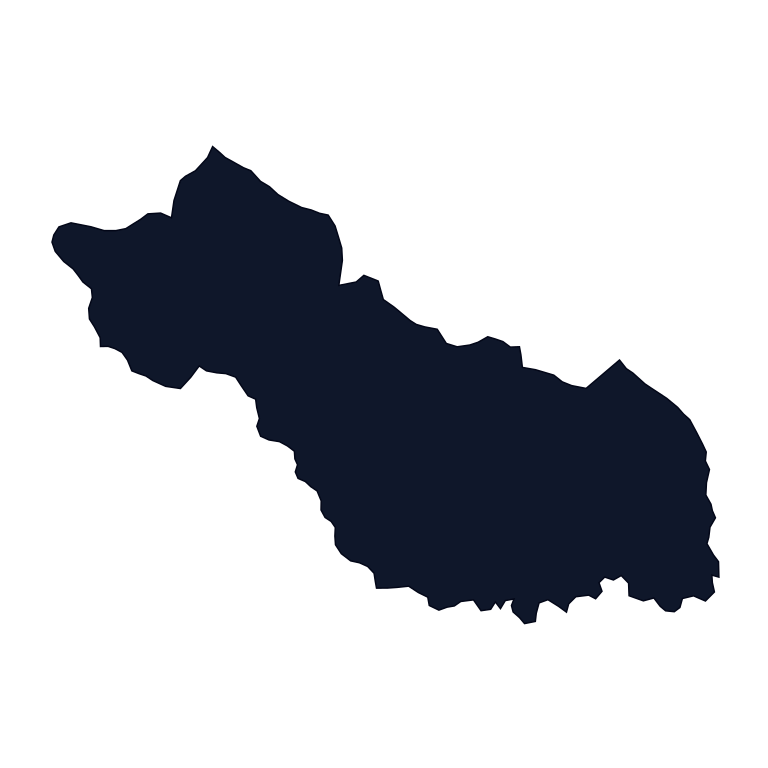 Mandaguaçu, Paraná, Brazil, rotated 86°
{"feature_id": "56859067B52596014738529", "entity_name": "Mandaguaçu", "entity_type": "district", "adm_level": 2, "iso_a3": "BRA", "parent_name": "Brazil", "parent_adm1": "Paraná", "projection": "mercator", "projection_center": [-52.052, -23.286], "detail": "fine", "context": "isolated", "style": "filled", "palette": "ink", "viewbox_px": 768, "rotation_deg": 86, "n_neighbors": 0, "source": "geoboundaries", "source_scale": "gbopen_adm2", "svg_char_len": 2545}
<svg xmlns="http://www.w3.org/2000/svg" viewBox="0 0 768 768"><g transform="rotate(86 384 384)"><path d="M622.9,78.5L614.5,68.9L605.1,70.3L597.5,70.3L600.0,63.4L584.6,62.7L577.5,67.3L565.8,73.0L559.6,70.7L549.6,68.8L540.6,62.7L533.2,65.3L526.7,66.2L517.2,70.7L504.9,69.2L492.0,65.3L483.2,68.8L474.3,67.3L466.2,70.4L454.7,75.3L440.9,81.5L434.9,87.3L427.8,92.7L418.0,103.0L406.6,117.9L402.1,123.7L390.4,135.0L385.6,141.2L376.5,147.4L402.5,182.7L398.7,196.9L394.3,206.0L387.0,214.0L380.3,231.9L377.1,244.8L364.4,245.4L356.3,246.3L356.0,255.4L350.0,262.4L346.8,270.0L344.1,277.2L348.9,287.2L351.1,295.7L352.0,308.4L347.9,319.0L333.1,327.1L329.9,339.3L326.8,347.7L322.5,353.5L314.7,361.6L308.1,368.5L299.7,378.8L290.5,380.7L280.9,382.6L274.2,396.5L280.3,404.6L282.5,422.2L257.8,416.9L245.4,416.7L234.6,419.1L222.9,421.8L211.6,427.9L209.2,436.4L205.3,444.5L202.2,453.9L195.0,466.3L187.6,476.6L179.3,484.4L173.2,493.1L162.0,501.9L158.4,509.2L152.8,517.7L146.9,526.8L141.9,531.5L135.2,538.4L145.8,544.2L158.1,557.2L162.9,567.5L166.9,572.9L186.3,580.7L203.4,584.4L197.9,594.9L197.8,607.7L202.7,615.2L207.0,623.3L211.0,630.7L212.3,640.8L211.5,652.4L206.7,665.4L201.4,685.0L204.6,697.3L212.3,703.0L219.3,705.3L228.8,702.7L239.5,694.9L247.5,686.1L254.2,681.6L261.3,677.2L268.6,669.2L277.4,668.9L287.9,673.3L298.6,673.3L306.7,668.9L318.0,663.9L326.8,664.2L327.2,656.6L329.9,650.0L334.2,643.1L342.3,638.2L353.3,634.6L356.7,627.4L359.4,620.9L364.4,614.4L371.1,602.0L374.3,587.4L363.8,576.3L353.1,567.1L358.5,560.2L361.2,549.9L362.6,541.0L366.8,531.5L375.8,526.5L386.3,520.4L390.2,513.1L398.7,512.6L409.8,510.7L417.3,513.8L427.5,510.7L431.8,502.6L434.2,492.3L439.0,484.7L444.8,478.1L452.5,478.1L458.5,475.9L465.5,478.6L472.2,476.3L475.8,469.3L481.4,464.1L486.0,458.2L496.2,454.8L505.3,455.6L513.0,452.1L517.4,446.3L523.7,442.6L532.3,443.6L541.0,443.6L550.3,438.4L558.1,429.6L560.6,421.0L564.9,413.0L572.1,407.1L580.6,406.4L587.1,405.7L587.8,394.6L587.8,385.3L587.4,373.5L594.4,364.3L599.7,355.2L608.1,354.3L613.4,345.0L611.0,336.6L610.3,329.3L606.3,322.6L605.6,309.8L616.9,303.0L616.2,293.3L609.2,288.1L616.2,283.5L608.5,278.1L607.5,269.3L613.9,272.3L620.4,271.1L626.5,265.1L632.8,260.5L631.4,249.6L623.3,248.1L613.2,244.6L610.6,235.5L618.1,225.2L624.3,217.9L616.2,215.1L609.6,207.5L608.9,194.5L613.0,187.9L606.0,181.0L597.2,183.4L592.0,177.3L595.5,168.8L591.6,160.7L599.7,153.9L612.3,154.3L618.4,140.4L616.3,129.7L625.0,124.0L629.9,118.9L631.4,110.3L627.6,104.4L618.8,101.3L616.9,90.0L622.9,78.5Z" fill="#0f172a" stroke="#020617" stroke-width="1.5"/></g></svg>